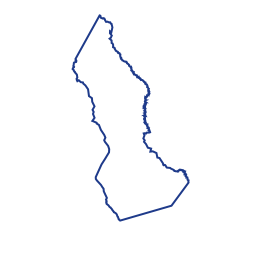 Feijó, Acre, Brazil (Natural Earth projection), rotated 119°
{"feature_id": "56859067B34777651635639", "entity_name": "Feijó", "entity_type": "district", "adm_level": 2, "iso_a3": "BRA", "parent_name": "Brazil", "parent_adm1": "Acre", "projection": "natural_earth1", "projection_center": [-71.035, -8.896], "detail": "fine", "context": "isolated", "style": "outline", "palette": "blue", "viewbox_px": 256, "rotation_deg": 119, "n_neighbors": 0, "source": "geoboundaries", "source_scale": "gbopen_adm2", "svg_char_len": 5735}
<svg xmlns="http://www.w3.org/2000/svg" viewBox="0 0 256 256"><g transform="rotate(119 128 128)"><path d="M212.7,89.9L174.9,52.3L146.6,48.6L146.4,48.6L146.1,49.0L144.6,49.6L144.4,49.7L144.5,50.6L144.2,51.0L143.1,51.5L142.5,52.1L143.0,52.9L142.4,53.1L142.1,54.4L140.9,54.3L140.6,54.5L141.1,55.9L139.9,55.8L139.8,56.1L140.1,56.7L139.9,57.1L139.2,57.5L138.8,57.6L138.7,57.1L138.3,57.1L138.4,57.6L139.2,58.3L138.7,58.5L139.1,59.0L139.0,59.4L138.3,59.7L138.7,60.7L139.1,61.0L139.0,61.3L139.2,61.6L139.0,61.8L139.3,62.4L139.6,62.3L140.0,62.9L140.3,62.9L140.7,63.2L141.6,62.9L142.0,63.2L141.9,64.0L142.1,64.1L142.7,65.2L142.8,66.1L143.1,66.6L143.0,67.0L142.5,67.6L142.7,70.9L142.5,71.8L143.8,74.8L143.7,75.3L143.2,75.9L142.4,77.5L142.7,78.2L143.3,78.7L143.3,78.9L143.0,79.5L142.5,79.6L142.0,80.2L139.0,85.9L139.6,88.0L136.1,91.0L136.4,95.0L137.8,97.0L134.8,97.8L135.6,101.1L133.3,104.5L132.3,107.3L130.7,107.4L129.7,109.5L126.5,110.0L125.1,111.6L124.5,110.9L124.2,109.6L123.1,109.5L121.6,107.1L121.0,106.6L120.6,107.0L120.4,107.6L120.2,107.6L119.8,107.9L119.7,108.2L119.8,108.5L119.4,108.4L118.6,109.3L118.8,109.8L118.7,110.2L118.5,110.4L118.5,109.8L118.2,109.8L118.3,110.1L118.1,110.0L117.7,110.2L117.5,110.5L117.8,111.3L117.7,111.6L116.9,111.9L116.9,112.3L116.7,112.4L116.6,112.7L116.3,112.7L116.1,113.2L115.9,113.2L115.6,112.7L115.4,112.8L115.8,113.5L115.7,114.0L115.9,114.7L115.8,115.0L115.3,114.9L115.2,115.1L115.5,115.4L115.4,115.7L115.0,115.2L114.7,115.1L114.4,116.1L114.0,115.8L113.8,115.9L113.6,116.1L113.7,116.4L112.8,116.7L112.6,117.0L112.7,117.3L112.9,117.5L112.9,117.8L112.7,118.0L112.3,117.7L111.7,117.9L111.5,117.7L111.3,117.8L111.3,118.0L111.6,118.4L111.7,118.7L111.5,118.9L111.4,119.2L111.3,118.6L110.7,118.3L110.4,118.5L110.0,119.3L109.9,119.2L109.9,118.6L109.7,118.5L109.2,119.1L108.9,119.0L108.8,118.6L108.2,119.5L108.4,119.8L107.8,119.5L107.2,119.9L107.1,120.6L106.9,120.4L106.4,120.9L105.7,120.2L105.4,120.3L104.9,121.1L104.9,122.0L104.6,121.9L104.3,121.4L104.1,121.5L103.9,121.9L103.5,121.9L102.7,122.5L102.8,122.8L102.5,122.6L102.3,123.9L101.7,123.5L101.5,124.0L101.7,124.5L101.4,125.0L101.2,125.0L100.7,124.4L100.3,124.7L100.1,124.5L99.8,124.7L99.7,124.6L99.9,124.0L99.7,124.1L99.3,124.7L98.9,124.1L98.4,124.3L98.4,124.0L98.1,124.1L98.1,124.6L97.9,124.5L97.7,125.1L97.1,125.6L96.8,125.0L96.7,125.7L96.5,125.9L96.3,125.9L96.3,125.6L95.8,125.8L95.9,126.2L95.4,126.2L95.0,125.9L95.1,126.2L94.8,126.6L94.6,126.7L94.4,126.5L94.2,126.9L93.8,126.9L93.8,127.4L93.6,127.6L92.7,127.9L92.8,127.1L92.4,127.2L92.2,127.5L91.9,126.7L91.3,126.6L90.9,126.9L90.5,126.7L90.4,127.1L90.1,127.2L89.7,126.4L89.6,126.6L88.9,126.1L88.6,126.4L88.4,126.2L88.2,126.4L88.0,125.9L87.3,126.0L87.1,126.6L86.9,126.5L86.6,126.9L86.4,127.0L86.3,127.8L86.2,127.9L85.7,127.5L85.6,127.8L85.3,128.0L85.4,128.4L85.2,128.6L84.9,128.4L84.8,128.7L84.4,128.6L84.2,128.9L83.6,128.9L83.6,129.3L83.1,130.0L83.0,130.9L82.8,130.9L82.6,130.7L82.4,130.8L82.4,131.3L81.5,131.6L80.8,132.7L80.8,133.0L81.1,133.1L81.0,134.0L80.7,133.9L80.5,134.3L80.0,134.6L80.3,135.0L80.0,135.5L80.0,136.0L79.6,136.1L79.6,137.0L79.4,137.2L79.4,137.6L79.2,137.9L79.3,138.1L79.1,138.7L79.5,139.6L79.5,139.8L79.7,140.0L79.4,140.4L79.4,140.7L78.9,140.7L78.7,141.0L78.6,141.3L78.8,141.6L78.9,142.2L78.7,142.1L78.6,142.3L78.9,142.4L78.9,143.1L78.8,143.6L78.2,143.8L78.9,144.6L78.6,144.7L77.6,145.8L77.8,146.5L78.0,146.5L77.9,146.9L78.1,147.3L77.9,147.6L77.7,148.5L78.2,148.9L77.9,149.3L77.3,149.6L77.4,149.8L77.4,150.1L77.2,150.2L77.1,149.8L76.9,149.8L76.8,150.3L76.5,150.3L76.6,150.5L76.6,151.1L76.4,151.1L76.1,152.7L75.7,152.5L75.6,153.1L74.9,153.3L74.7,153.5L74.6,154.0L74.3,154.2L73.9,154.2L73.5,154.7L73.3,154.6L72.9,155.1L73.1,155.3L73.2,155.6L73.4,155.6L73.1,156.8L72.7,157.2L72.8,157.4L72.3,157.6L71.9,158.9L72.0,159.2L71.9,160.1L71.6,160.2L71.1,161.0L71.4,161.1L71.2,161.9L71.0,162.0L71.1,162.4L71.5,163.1L71.6,164.2L71.4,165.1L71.6,165.7L71.2,166.3L71.1,167.1L70.7,167.3L70.7,167.6L70.2,167.6L69.9,167.9L70.0,168.5L69.6,168.7L69.4,169.3L68.1,170.2L67.7,170.1L67.3,170.4L67.2,171.3L66.7,171.8L67.2,172.9L67.1,173.2L66.4,173.6L66.3,173.8L66.5,174.4L66.2,175.4L66.4,176.1L66.0,176.7L65.7,177.0L65.3,177.9L65.1,178.1L64.7,178.2L64.4,178.7L64.6,180.2L62.5,181.3L61.6,182.4L61.6,183.5L59.4,184.8L58.8,187.4L57.4,186.8L55.0,187.0L53.9,189.7L52.1,190.6L52.3,189.0L47.6,190.4L45.0,192.8L45.1,193.0L45.1,193.3L44.9,193.9L44.3,194.5L44.2,195.0L44.7,195.5L44.9,196.1L44.9,197.4L45.8,198.6L44.8,200.4L44.2,200.9L44.1,201.3L43.7,201.8L43.8,202.7L44.1,203.1L44.5,203.1L44.6,204.1L44.8,204.8L44.4,205.6L43.4,206.3L43.2,206.9L43.3,207.4L93.0,207.4L93.8,206.3L94.2,206.7L94.4,206.6L94.5,205.7L94.8,205.5L95.4,205.4L96.7,206.8L97.3,206.9L99.6,205.9L100.3,205.9L100.6,205.4L100.7,204.8L101.1,204.7L101.5,205.0L102.3,205.2L103.3,205.0L103.6,203.6L104.3,203.0L104.7,201.6L105.1,201.5L105.7,199.4L106.0,199.1L106.2,198.5L108.4,196.8L110.0,196.8L110.2,196.3L111.0,195.9L111.6,195.0L110.1,194.2L110.8,191.5L110.0,189.5L110.8,188.7L111.4,185.9L113.5,181.7L119.0,177.6L119.4,174.0L122.4,172.0L125.3,167.8L129.3,167.8L130.6,165.8L132.7,165.4L135.3,162.2L139.1,162.6L138.6,158.0L139.3,157.5L139.4,154.9L142.8,150.8L145.6,145.4L147.4,143.1L150.2,142.9L151.2,141.6L153.3,136.7L155.6,134.2L158.5,132.8L166.3,133.1L172.7,133.5L186.6,132.4L188.2,131.4L189.0,129.7L190.9,124.0L192.2,121.7L192.9,120.0L195.2,118.4L199.4,112.6L201.3,112.5L201.7,111.8L202.5,111.6L202.6,111.1L203.2,110.8L204.0,110.8L204.3,110.1L204.8,109.8L205.1,107.6L206.0,105.8L206.0,104.6L206.3,104.3L206.6,103.0L207.2,102.3L207.5,101.2L207.8,100.9L208.1,99.8L208.5,99.5L208.4,97.8L208.7,96.6L209.3,95.6L210.6,94.2L210.6,93.7L212.3,92.0L212.4,91.7L212.3,91.4L212.5,91.3L212.8,90.3L212.7,89.9Z" fill="none" stroke="#1e3a8a" stroke-width="2"/></g></svg>